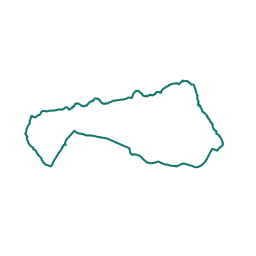 Mocha, Tungurahua, Ecuador, rotated 204°
{"feature_id": "8360857B45602957344517", "entity_name": "Mocha", "entity_type": "district", "adm_level": 2, "iso_a3": "ECU", "parent_name": "Ecuador", "parent_adm1": "Tungurahua", "projection": "mercator", "projection_center": [-78.688, -1.415], "detail": "fine", "context": "isolated", "style": "outline", "palette": "teal", "viewbox_px": 256, "rotation_deg": 204, "n_neighbors": 0, "source": "geoboundaries", "source_scale": "gbopen_adm2", "svg_char_len": 5862}
<svg xmlns="http://www.w3.org/2000/svg" viewBox="0 0 256 256"><g transform="rotate(204 128 128)"><path d="M34.6,151.0L34.7,151.4L34.7,152.0L35.1,152.5L35.6,152.7L35.9,153.8L37.7,155.3L38.5,156.3L40.0,156.9L40.9,157.8L41.5,158.0L42.8,158.6L44.6,158.8L45.1,158.9L45.4,159.3L45.6,160.5L46.1,161.0L47.9,161.2L48.8,161.8L49.7,162.1L51.9,164.6L52.1,165.2L52.0,165.6L52.2,165.9L53.4,166.5L54.7,166.7L54.9,166.8L55.0,167.2L55.8,167.6L56.0,167.9L56.4,168.1L56.8,168.5L56.9,168.8L57.9,169.0L58.5,169.6L58.9,169.9L59.8,170.0L59.9,170.4L59.9,170.8L60.5,170.9L60.9,171.5L61.3,171.5L62.9,172.3L63.2,172.3L64.6,172.9L65.2,172.8L65.4,173.1L65.7,173.2L66.0,173.2L66.8,173.5L67.2,173.8L67.7,174.7L68.4,175.1L69.1,175.7L69.5,175.8L70.1,176.1L70.3,176.9L70.6,177.1L70.7,177.5L71.9,177.4L72.4,177.2L72.9,177.3L73.4,177.7L73.0,178.2L73.3,178.3L73.8,178.8L73.7,179.0L73.7,179.3L74.0,179.7L74.3,180.9L74.7,181.3L75.1,181.3L76.2,182.5L76.5,183.0L76.8,183.2L77.3,184.2L77.4,185.7L77.8,185.8L78.4,186.2L79.1,187.1L79.4,187.3L80.1,188.2L80.7,188.7L80.9,189.0L80.8,189.3L81.6,190.0L81.9,190.6L83.0,191.3L83.5,191.9L84.1,192.9L85.2,193.8L86.1,194.2L87.6,193.5L88.4,193.5L89.1,193.8L89.7,194.4L91.1,194.3L92.3,195.0L93.8,194.7L96.4,193.2L97.2,193.6L97.5,193.2L97.6,192.8L98.1,191.9L98.4,190.4L98.7,190.2L99.4,188.9L99.4,188.6L99.8,188.4L100.2,188.5L100.6,188.8L101.2,188.9L101.6,188.8L102.1,188.4L102.3,188.1L102.9,188.0L103.1,187.8L104.1,187.4L106.2,185.8L107.2,184.5L107.9,184.0L108.0,183.9L107.9,183.6L108.7,182.0L109.5,181.8L109.8,181.6L110.3,180.0L111.5,178.7L111.8,177.9L112.2,176.8L112.6,175.3L112.5,174.8L112.2,174.2L112.2,173.7L112.9,173.3L113.3,173.2L113.9,173.5L114.1,173.5L114.4,173.6L114.9,173.4L115.6,172.8L116.6,172.5L116.7,171.4L116.9,171.0L117.0,170.9L117.1,170.4L117.3,170.1L117.1,169.7L117.4,169.3L117.8,169.2L118.9,167.7L119.5,167.7L120.0,167.5L120.5,167.6L121.1,167.5L121.4,166.9L122.0,166.7L122.1,166.4L122.5,166.2L122.7,165.5L123.2,164.8L123.6,164.8L124.0,164.4L124.3,164.3L124.5,164.5L124.6,164.3L125.3,164.1L125.4,163.9L126.4,163.7L127.5,163.7L128.6,164.2L128.8,164.4L128.8,164.8L129.6,165.2L130.1,165.2L130.8,165.2L133.2,166.2L134.6,165.8L135.1,165.3L135.6,165.2L135.8,165.1L136.2,164.1L136.9,162.2L136.9,161.3L137.0,161.0L137.1,160.6L136.7,159.3L136.9,158.7L136.8,157.9L137.0,157.6L136.9,156.9L139.2,156.3L140.1,155.9L141.8,153.6L142.6,153.0L143.3,152.6L144.8,151.6L146.3,151.0L146.9,150.2L148.2,149.5L149.3,149.1L149.8,148.5L150.3,148.2L150.9,147.5L151.4,147.5L152.2,147.3L153.9,145.2L155.3,144.1L156.3,142.5L157.0,141.8L158.3,141.7L158.5,141.5L158.7,140.9L159.4,140.3L160.0,140.1L162.5,140.4L163.3,140.8L164.2,141.1L164.8,141.8L165.4,141.8L165.7,142.1L167.5,142.5L168.6,142.1L169.2,142.0L169.6,141.8L170.1,141.6L170.5,141.1L171.0,139.9L171.0,139.7L170.8,139.4L171.2,138.8L171.1,138.3L171.6,138.3L171.9,137.6L172.3,137.4L172.5,137.4L172.6,137.0L172.8,136.7L173.9,135.3L174.0,134.0L174.7,133.3L174.8,132.9L174.7,132.1L175.3,131.9L175.8,130.9L176.2,130.7L177.1,129.9L177.3,129.8L178.0,129.9L178.3,129.6L178.7,129.5L183.6,130.2L184.2,129.7L184.5,129.5L184.9,129.2L185.4,129.2L186.0,128.5L186.2,127.8L186.2,126.5L186.0,126.2L186.6,125.6L186.7,124.8L187.4,124.7L187.3,123.5L187.5,123.1L188.3,122.4L188.5,122.0L188.6,121.2L189.4,120.8L189.7,120.9L190.8,121.9L191.4,122.1L192.5,122.0L193.0,121.7L193.8,121.1L193.9,120.0L194.1,119.7L194.9,119.2L195.1,118.5L195.6,118.4L196.1,117.8L196.5,117.6L198.4,117.2L198.7,116.7L199.3,116.4L200.2,115.4L201.1,115.0L201.8,114.4L202.9,113.9L204.0,113.1L206.5,112.0L207.5,111.3L208.1,110.6L208.6,110.2L209.8,110.1L210.3,109.6L210.5,109.5L211.1,109.6L211.4,109.5L212.4,109.1L213.4,108.1L213.7,107.1L213.8,104.9L214.5,103.6L214.7,103.4L215.2,103.3L215.4,103.0L215.5,102.6L216.3,101.7L216.5,100.6L216.7,100.3L217.4,99.8L218.6,99.8L219.4,99.5L219.9,99.6L220.3,100.0L220.5,100.1L221.4,99.1L221.1,98.7L220.7,96.7L220.7,95.0L220.6,94.4L220.3,93.9L219.6,92.2L219.6,91.6L220.2,90.8L220.1,88.9L220.2,86.5L219.9,84.5L219.4,82.2L219.6,81.1L218.7,80.8L217.6,79.8L217.3,79.7L216.4,79.1L216.3,78.9L216.5,78.7L216.6,78.3L216.1,77.0L215.3,76.2L213.8,75.2L212.9,73.7L212.2,73.2L209.4,71.9L208.7,71.7L206.7,71.5L205.9,70.6L205.9,70.2L204.9,70.2L204.0,70.1L203.0,69.6L202.6,69.5L201.1,68.0L200.7,67.7L199.8,67.5L198.7,66.7L197.1,66.0L195.1,65.4L194.3,64.3L193.4,63.5L192.1,62.8L190.9,61.8L189.8,61.9L189.0,61.0L188.6,61.0L187.4,61.2L183.0,61.5L182.3,63.4L182.5,64.9L182.4,67.5L181.5,73.8L181.3,76.3L180.0,81.3L180.4,82.8L180.2,83.3L179.9,83.6L180.0,84.7L180.0,85.8L179.8,86.3L179.5,86.7L178.2,87.3L178.3,87.5L178.8,87.7L179.4,88.2L179.6,91.7L179.2,93.6L179.2,93.8L179.0,94.1L177.8,97.6L175.9,103.6L174.3,103.2L173.2,103.1L172.3,102.9L170.8,102.9L169.9,103.4L169.3,103.6L169.0,103.6L168.4,103.5L167.9,103.6L166.8,104.2L166.4,104.2L165.0,104.0L164.3,104.1L163.5,104.1L163.5,104.3L161.2,105.0L159.8,105.9L159.0,106.0L154.8,107.1L151.6,107.7L142.8,109.9L118.5,110.0L117.8,109.2L117.5,108.5L116.7,107.5L116.4,106.8L116.0,106.3L115.6,106.0L114.7,105.8L114.2,105.5L113.6,105.4L113.3,105.2L113.0,105.2L112.7,105.9L112.4,106.3L111.7,106.5L111.1,106.4L109.6,107.1L108.4,107.0L107.5,107.3L106.2,107.4L104.3,106.9L102.6,106.2L102.2,105.8L101.6,105.8L100.4,105.2L99.1,105.1L98.5,104.8L96.8,104.3L96.5,104.1L96.3,104.1L95.5,104.5L94.8,104.7L93.7,104.7L92.8,105.0L90.1,106.8L89.1,107.3L88.6,108.0L87.5,109.1L86.6,109.7L85.6,109.8L84.4,109.6L82.2,109.7L81.1,109.6L78.8,109.8L78.4,110.1L78.0,110.2L77.0,110.7L74.8,110.7L73.9,110.8L73.4,111.2L73.1,111.4L71.9,111.5L70.9,111.8L70.4,112.1L69.9,112.3L68.3,112.5L68.3,113.0L67.4,113.4L66.5,114.3L65.5,115.5L65.0,116.3L63.7,117.5L62.3,118.3L60.1,118.6L55.4,119.2L54.5,119.4L50.5,119.6L49.4,120.0L47.7,121.3L46.3,122.9L45.6,124.0L44.2,127.2L43.5,130.3L43.2,134.2L43.0,139.6L42.4,143.2L42.2,143.4L37.7,143.7L37.5,144.0L37.2,143.9L36.6,146.5L35.7,148.5L34.8,149.8L34.6,151.0Z" fill="none" stroke="#0f766e" stroke-width="2"/></g></svg>